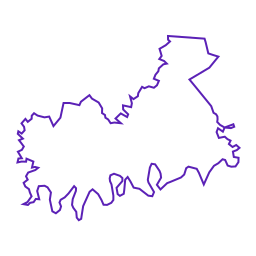 Liberato Salzano, Rio Grande do Sul, Brazil (Robinson projection), rotated 269°
{"feature_id": "56859067B3780228367855", "entity_name": "Liberato Salzano", "entity_type": "district", "adm_level": 2, "iso_a3": "BRA", "parent_name": "Brazil", "parent_adm1": "Rio Grande do Sul", "projection": "robinson", "projection_center": [-53.076, -27.548], "detail": "fine", "context": "isolated", "style": "outline", "palette": "violet", "viewbox_px": 256, "rotation_deg": 269, "n_neighbors": 0, "source": "geoboundaries", "source_scale": "gbopen_adm2", "svg_char_len": 2598}
<svg xmlns="http://www.w3.org/2000/svg" viewBox="0 0 256 256"><g transform="rotate(269 128 128)"><path d="M88.7,227.0L87.5,230.6L87.7,234.8L91.9,237.8L96.3,238.0L97.2,233.3L102.6,232.5L104.0,236.4L106.2,239.1L109.1,235.9L107.2,232.2L110.2,228.6L113.6,230.3L115.1,227.3L117.6,224.6L116.5,218.7L122.4,216.5L126.2,218.0L122.7,222.8L126.8,224.6L129.5,220.1L132.5,217.3L135.2,217.7L138.0,217.6L140.2,216.3L141.7,213.8L148.4,211.6L167.5,196.6L173.4,191.9L175.4,190.3L186.9,210.4L197.8,219.6L199.6,214.1L201.2,209.6L212.5,207.1L216.0,206.1L219.3,169.6L215.6,169.6L213.8,171.5L210.2,167.3L206.6,160.9L203.2,161.9L199.5,162.9L196.4,160.5L194.4,165.2L191.7,167.9L191.1,164.5L187.1,159.9L184.2,159.3L180.8,156.4L176.8,154.7L174.6,159.7L170.2,157.7L167.8,154.6L169.3,149.6L167.5,145.2L168.9,142.8L162.7,138.9L159.6,138.4L156.8,134.0L159.6,130.6L152.7,132.3L148.8,131.5L150.7,123.4L146.6,123.5L143.9,126.2L141.7,128.4L139.0,127.3L142.7,121.0L137.7,115.7L132.9,121.0L133.7,114.4L133.1,110.7L136.9,108.3L138.7,105.6L141.4,105.2L143.4,102.3L148.1,102.5L154.0,99.1L158.0,92.5L161.5,90.0L155.1,81.4L151.7,79.8L154.0,70.2L154.1,64.0L139.5,60.6L131.2,53.5L140.8,49.4L140.1,44.7L142.0,37.8L144.4,34.3L142.0,32.0L138.9,31.8L135.9,27.9L138.9,25.6L134.5,21.6L131.0,24.1L127.5,24.6L124.3,21.6L126.6,18.3L124.1,17.7L119.2,22.7L117.7,18.8L115.2,20.7L111.3,23.5L108.0,21.5L106.2,17.5L99.6,21.3L99.4,17.9L95.5,16.9L96.3,21.0L96.1,25.5L99.1,26.0L96.1,32.8L90.1,31.3L90.7,34.3L89.8,37.5L87.6,34.6L85.2,27.4L81.5,25.2L78.1,26.8L75.0,22.7L71.3,24.3L68.6,27.9L65.1,28.8L61.4,30.4L55.7,26.2L53.7,22.1L52.8,26.6L54.9,28.8L55.5,32.3L58.7,34.6L58.3,38.0L66.6,36.1L71.4,37.8L71.7,43.6L70.1,46.5L64.9,49.8L57.7,48.6L46.0,50.9L44.0,54.4L47.2,58.5L50.8,59.7L54.7,58.2L57.4,59.4L59.7,63.5L63.6,67.4L70.8,73.1L68.7,75.0L66.0,74.8L57.9,71.5L52.1,70.7L49.2,71.9L45.1,74.8L39.3,75.2L36.7,77.2L38.0,79.6L41.6,80.2L50.7,81.8L64.9,88.5L67.3,91.5L62.4,97.0L56.5,100.2L51.7,102.2L51.5,105.8L53.5,110.0L56.3,112.1L60.6,112.2L71.9,110.5L75.1,109.1L78.0,108.8L81.0,109.6L82.5,113.2L80.3,119.1L78.1,121.5L75.1,121.5L68.4,115.5L62.1,116.5L60.3,118.7L62.3,122.6L66.3,123.2L76.4,124.3L79.0,126.8L74.5,129.5L68.3,132.6L67.0,138.4L60.0,147.1L59.4,151.1L63.5,152.9L73.2,147.5L75.8,146.9L88.1,149.2L91.8,151.0L91.2,154.5L84.5,158.8L81.7,159.8L77.8,160.2L70.7,155.9L66.0,159.4L72.2,166.2L73.2,169.0L77.6,180.1L80.5,183.4L86.8,185.5L88.3,187.8L86.0,196.0L82.0,198.1L70.2,202.8L82.3,208.5L88.7,213.3L91.2,217.7L95.1,222.0L94.3,224.6L88.7,227.0ZM126.8,224.6L126.1,230.9L127.4,234.2L129.9,233.4L126.8,224.6Z" fill="none" stroke="#5b21b6" stroke-width="2"/></g></svg>